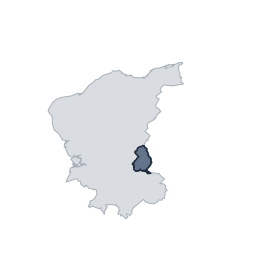 Rondônia on a map of Brazil (Natural Earth projection), rotated 221°
{"feature_id": "BRA-595", "entity_name": "Rondônia", "entity_type": "State", "adm_level": 1, "iso_a3": "BRA", "parent_name": "Brazil", "parent_adm1": "", "projection": "natural_earth1", "projection_center": [-63.452, -10.832], "detail": "fine", "context": "in_parent", "style": "filled", "palette": "slate", "viewbox_px": 256, "rotation_deg": 221, "n_neighbors": 0, "source": "natural_earth", "source_scale": "10m", "svg_char_len": 7425}
<svg xmlns="http://www.w3.org/2000/svg" viewBox="0 0 256 256"><g transform="rotate(221 128 128)"><path d="M81.1,60.3L83.1,62.3L85.6,61.3L86.4,62.6L87.8,60.8L91.2,58.9L91.9,57.2L94.1,56.2L94.2,55.1L91.8,54.7L91.1,50.0L89.0,47.0L91.8,48.5L94.4,48.4L96.2,49.9L96.8,48.1L103.2,45.8L104.6,44.3L104.5,42.9L106.4,42.8L107.0,43.5L106.4,45.9L108.1,46.5L108.7,48.5L107.5,50.0L107.0,53.9L108.2,58.0L111.3,60.4L112.6,60.0L113.2,58.7L114.4,59.0L117.8,56.8L122.2,57.5L121.5,55.8L122.2,54.6L123.1,55.1L125.9,54.3L129.1,56.4L130.5,55.3L133.5,56.1L139.1,46.8L140.0,47.8L142.0,56.3L142.9,57.6L144.8,58.4L145.0,60.5L141.8,64.6L139.8,66.0L137.2,71.6L134.6,72.4L137.3,72.5L141.3,69.7L142.1,73.3L143.1,74.4L147.3,73.2L146.0,77.2L147.6,74.0L149.5,72.1L150.5,72.6L150.9,72.1L150.5,70.6L151.8,68.8L155.0,68.4L161.8,71.5L162.3,73.1L163.2,72.0L164.8,73.2L165.2,74.6L164.4,75.5L164.8,76.0L165.6,75.1L165.8,75.9L165.0,76.8L164.5,79.6L165.6,78.4L166.4,76.4L166.5,77.9L169.6,76.0L176.7,78.3L182.4,78.1L188.0,81.8L192.9,87.0L199.0,88.0L200.1,89.9L201.7,97.4L201.0,102.3L198.5,107.2L191.7,115.3L191.7,114.7L190.4,118.4L188.3,121.6L187.3,122.1L186.6,120.7L186.0,121.4L185.0,124.9L185.5,134.8L184.1,140.6L184.2,142.9L182.3,145.3L181.6,151.1L177.0,158.4L176.7,161.7L174.0,163.1L172.7,165.8L169.3,165.9L168.6,164.9L168.3,166.0L163.1,166.3L163.3,167.3L160.0,169.6L158.1,169.6L154.7,171.5L150.5,175.0L149.7,176.7L149.0,176.0L148.7,176.8L147.8,176.5L148.9,177.5L147.9,178.6L147.6,180.4L148.2,184.5L147.1,190.5L143.5,194.0L139.0,202.3L134.9,206.1L134.8,204.8L137.7,203.3L140.3,198.7L140.4,197.9L138.8,198.4L137.8,197.0L138.3,198.4L137.8,200.1L135.2,202.9L134.4,205.1L134.6,206.3L132.5,210.6L129.9,213.2L129.3,212.8L129.4,210.7L130.9,208.8L128.7,205.8L123.7,202.4L122.2,200.5L120.8,201.5L120.6,200.2L117.9,197.3L116.5,198.0L115.1,197.6L121.4,189.6L122.1,189.7L122.0,188.9L129.0,184.2L129.6,180.2L128.5,177.4L126.3,177.4L127.7,170.7L126.4,169.6L123.5,170.3L122.1,163.2L119.8,162.0L118.0,162.9L114.1,161.9L114.7,157.3L113.5,153.7L114.7,152.8L113.7,151.8L116.1,145.1L114.9,142.0L112.8,140.8L113.0,136.7L106.2,136.6L105.9,133.2L104.7,131.5L105.8,131.4L105.0,125.8L102.9,124.5L100.2,124.6L95.4,120.9L90.4,119.9L88.2,117.8L86.7,114.7L86.7,108.0L82.3,108.8L74.6,114.1L72.3,113.4L67.1,113.6L67.4,106.8L64.8,109.1L61.3,109.2L60.5,107.1L57.4,106.6L58.2,104.8L54.3,98.6L55.4,97.5L55.2,95.7L57.6,93.8L57.2,92.2L58.5,87.9L62.4,85.2L66.3,83.8L69.4,84.4L71.6,70.8L70.7,67.8L69.1,66.2L69.1,63.1L72.5,62.7L71.9,61.0L69.9,61.0L69.9,58.2L76.2,58.1L76.1,57.0L77.1,58.0L79.1,56.4L80.2,58.2L80.3,60.4L81.1,60.3ZM143.7,66.1L150.7,66.9L149.1,71.7L147.8,71.8L147.6,72.6L146.5,72.2L145.4,73.4L142.8,73.4L141.8,71.0L142.5,70.4L141.7,69.6L142.2,66.8L143.7,66.1ZM137.8,71.9L138.8,68.4L139.9,68.0L139.9,70.1L137.8,71.9ZM145.7,64.4L145.0,65.7L143.4,65.4L143.6,64.6L145.7,64.4ZM143.3,63.0L143.0,65.6L142.3,65.4L143.3,63.0ZM146.8,66.1L145.8,66.2L145.3,66.0L146.5,65.2L146.8,66.1ZM142.2,66.2L141.2,67.0L140.8,66.6L141.5,65.8L142.2,66.2ZM144.1,63.9L143.6,63.4L144.4,62.8L144.5,63.3L144.1,63.9ZM143.5,57.2L142.9,57.3L142.8,56.3L143.4,56.3L143.5,57.2ZM148.3,187.0L148.1,186.2L148.6,185.4L148.8,185.6L148.3,187.0ZM160.6,169.3L160.7,170.2L160.0,170.0L160.6,169.3ZM148.2,181.0L147.9,180.5L148.4,180.0L148.5,180.2L148.2,181.0ZM165.4,77.9L165.0,78.9L165.4,77.5L165.4,77.9ZM186.9,122.3L186.2,122.6L186.6,121.8L186.9,122.3ZM165.0,166.7L164.2,167.0L164.1,166.8L164.6,166.4L165.0,166.7ZM185.7,124.1L185.4,124.6L185.3,124.3L185.7,124.1ZM163.6,71.1L163.6,71.7L163.4,71.6L163.6,71.1Z" fill="#d9dde1" stroke="#a8b0b8" stroke-width="1"/><path d="M86.7,110.9L86.8,110.7L87.0,110.6L87.0,110.3L87.1,110.1L87.1,109.9L87.0,109.6L86.9,109.3L86.9,109.1L86.9,108.9L87.0,108.6L86.9,108.3L86.8,108.0L86.7,107.8L86.3,108.1L86.2,108.3L86.0,108.5L85.8,108.5L85.6,108.3L85.5,108.2L85.3,108.2L85.2,108.1L85.2,108.3L85.1,108.2L84.9,108.3L84.6,108.2L84.4,108.4L84.1,108.3L83.9,108.3L83.7,108.3L83.5,108.5L83.1,108.6L82.8,108.7L82.5,108.7L82.1,108.8L81.3,108.5L81.5,108.3L81.6,108.1L81.8,108.1L82.1,107.9L82.4,107.7L82.6,107.6L83.0,107.1L83.0,106.9L82.9,106.7L83.0,106.6L83.3,106.7L83.5,106.6L83.9,106.7L84.4,106.6L84.6,106.6L84.9,107.0L85.0,107.0L85.3,107.3L85.6,107.2L85.7,106.9L85.8,106.9L86.1,106.7L86.3,106.7L86.4,106.8L86.5,106.8L86.6,106.6L86.9,106.3L87.4,106.0L87.5,106.3L87.6,106.6L87.9,106.7L88.0,106.6L88.2,106.4L88.3,106.2L88.5,105.9L88.5,105.7L88.5,105.4L88.7,105.0L89.0,104.8L89.3,104.9L89.7,105.0L89.8,104.9L90.1,104.7L90.3,104.7L90.5,104.6L90.9,104.6L91.1,104.6L91.3,104.6L91.5,104.7L91.4,104.3L91.5,104.0L91.4,103.9L91.4,103.5L91.5,103.5L91.9,103.5L92.0,103.2L92.2,102.9L92.2,102.7L92.0,102.4L92.1,102.1L92.2,101.9L92.3,101.9L92.6,101.8L92.9,101.7L92.9,101.4L93.0,101.3L93.5,101.2L93.5,100.8L93.7,100.5L96.0,100.5L96.3,100.6L96.7,100.7L96.9,101.0L97.1,101.4L97.4,101.7L97.4,102.1L97.7,102.0L97.9,102.0L98.0,102.1L98.1,102.3L98.2,102.5L98.3,103.0L98.7,103.1L98.8,103.1L98.8,103.3L98.9,103.5L98.9,103.8L99.0,103.9L99.4,104.0L99.5,104.2L99.8,104.3L99.9,104.2L100.0,103.9L100.0,103.7L100.3,103.7L100.5,103.5L100.9,103.6L100.9,103.8L101.3,104.2L101.4,104.3L101.4,104.5L101.2,104.8L101.1,105.3L101.2,105.7L101.2,105.8L101.0,106.1L100.9,106.2L100.9,106.4L101.1,106.5L101.1,106.9L101.2,107.3L101.4,107.6L101.3,107.8L101.2,107.9L101.1,108.0L101.2,108.4L101.2,108.7L101.2,108.9L101.2,109.2L101.0,109.5L101.0,109.8L101.1,110.0L101.1,110.4L101.2,110.8L101.4,111.0L101.3,112.2L101.3,112.3L101.4,112.6L101.2,112.7L101.3,113.0L101.2,113.4L101.3,113.5L105.3,113.6L105.3,113.8L105.5,114.1L105.8,113.9L106.0,114.0L106.4,114.0L106.5,114.1L106.9,114.2L107.0,114.4L107.1,114.8L107.2,115.2L107.3,115.3L107.2,115.4L107.0,115.5L106.9,115.9L106.6,116.1L106.5,116.5L106.5,116.8L106.6,117.0L106.6,117.3L106.7,117.5L106.9,117.5L107.0,117.6L107.1,118.0L107.3,118.4L107.3,118.5L107.3,119.1L107.4,119.4L107.6,119.6L107.2,120.6L106.9,121.1L106.7,121.8L106.5,122.0L106.3,122.1L106.2,122.2L105.9,122.6L105.9,122.8L105.6,123.5L105.5,124.2L105.4,124.3L105.1,124.4L104.4,124.9L104.2,125.2L103.9,125.0L103.6,124.8L103.5,124.7L103.1,124.7L103.0,124.4L102.9,124.4L102.7,124.4L102.7,124.5L102.3,124.6L102.2,124.6L101.9,124.5L101.4,124.7L101.1,124.7L100.9,124.5L100.6,124.6L100.4,124.7L100.1,124.7L99.9,124.3L99.8,124.2L99.6,124.0L99.4,123.9L99.3,123.7L99.0,123.4L99.0,123.0L98.9,123.0L98.8,122.8L98.6,122.8L98.3,122.9L98.2,122.9L97.9,122.9L97.7,122.6L97.3,122.6L97.0,122.4L96.9,122.2L96.7,122.2L96.5,122.3L96.4,122.2L96.2,122.0L95.9,121.6L95.7,121.6L95.6,121.3L95.5,121.2L95.4,120.9L95.2,120.7L95.1,120.8L94.9,120.9L94.8,121.0L94.5,121.0L94.3,120.9L94.2,120.8L94.1,120.7L93.9,120.5L93.9,120.4L93.7,120.3L93.4,120.2L93.2,120.0L92.7,119.9L92.5,120.0L92.2,120.3L92.0,120.2L91.9,120.3L91.8,120.2L91.5,120.2L91.4,120.2L91.1,120.0L90.9,120.1L90.6,120.0L90.5,119.9L90.4,119.8L90.2,119.7L90.2,119.3L90.2,119.1L89.9,118.9L89.7,118.9L89.5,118.7L89.4,118.6L89.4,118.4L89.3,118.6L89.2,118.6L89.1,118.3L89.0,118.1L88.8,118.0L88.7,118.1L88.3,118.0L88.2,117.9L88.1,117.7L88.1,117.4L88.1,117.2L87.9,116.9L87.8,116.7L87.7,116.6L87.7,116.9L87.6,117.0L87.6,116.9L87.4,116.8L87.4,116.6L87.5,116.4L87.5,116.2L87.4,116.1L87.4,115.9L87.2,115.7L87.1,115.8L87.0,115.7L86.9,115.3L87.0,115.0L86.8,114.9L86.7,114.8L86.7,114.7L86.8,114.6L86.7,114.4L86.9,114.0L86.9,113.7L87.1,113.5L87.1,113.4L87.0,113.0L87.0,112.9L86.8,112.8L86.7,112.8L86.7,112.7L86.8,112.3L86.7,112.1L86.6,111.9L86.6,111.7L86.6,111.4L86.6,111.2L86.7,110.9Z" fill="#64748b" stroke="#1e293b" stroke-width="1.5"/></g></svg>